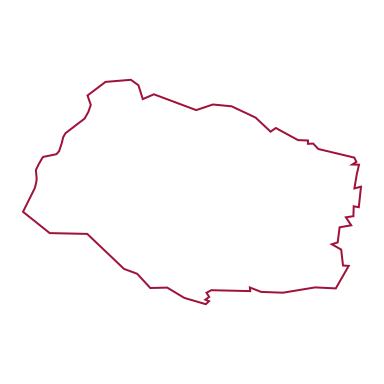 Vrapchishte, Vrapcište, North Macedonia
{"feature_id": "65306769B7593203088025", "entity_name": "Vrapchishte", "entity_type": "district", "adm_level": 2, "iso_a3": "MKD", "parent_name": "North Macedonia", "parent_adm1": "Vrapcište", "projection": "robinson", "projection_center": [20.844, 41.875], "detail": "fine", "context": "isolated", "style": "outline", "palette": "rose", "viewbox_px": 384, "rotation_deg": 0, "n_neighbors": 0, "source": "geoboundaries", "source_scale": "gbopen_adm2", "svg_char_len": 996}
<svg xmlns="http://www.w3.org/2000/svg" viewBox="0 0 384 384"><path d="M87.5,95.5L90.8,104.9L88.3,112.0L84.6,118.6L77.6,123.9L65.5,133.2L64.2,135.4L63.2,137.2L61.6,143.6L59.1,151.2L56.4,154.2L49.6,155.6L43.2,156.9L42.2,158.1L38.5,164.6L35.9,170.0L36.3,174.9L36.7,178.9L36.2,182.6L34.8,188.1L23.0,211.8L49.7,233.1L87.2,233.9L124.0,268.9L137.2,273.8L150.3,288.0L167.2,287.6L184.3,297.9L205.8,304.2L209.0,301.2L205.4,299.7L209.2,296.9L206.5,292.8L211.3,290.2L250.2,291.1L249.9,287.5L261.1,291.9L282.9,292.7L315.1,287.4L335.8,288.4L348.7,265.9L343.0,265.5L341.2,249.6L331.8,244.3L337.7,242.4L339.6,227.3L351.2,225.3L345.9,217.3L353.4,216.2L353.7,206.3L358.8,207.2L361.0,186.7L354.4,188.4L356.9,173.7L359.0,164.7L352.3,164.5L356.4,161.9L354.3,157.6L318.3,149.0L313.2,143.6L307.9,143.8L308.0,140.5L298.0,140.1L275.8,128.0L270.6,131.7L255.6,117.6L231.6,106.3L212.9,104.5L196.2,110.1L153.9,94.3L142.8,99.1L138.4,85.2L130.9,79.8L105.5,81.9L87.5,95.5Z" fill="none" stroke="#9f1239" stroke-width="2"/></svg>